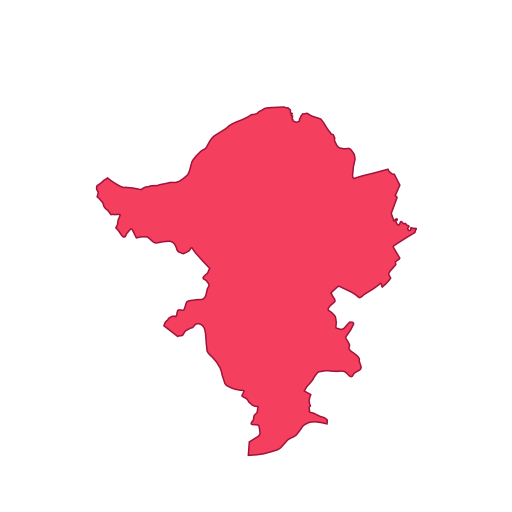 outline of Hong Linh, Ha Tinh, Vietnam, rotated 222°
{"feature_id": "81297802B12079916150099", "entity_name": "Hong Linh", "entity_type": "district", "adm_level": 2, "iso_a3": "VNM", "parent_name": "Vietnam", "parent_adm1": "Ha Tinh", "projection": "orthographic", "projection_center": [105.71, 18.534], "detail": "fine", "context": "isolated", "style": "filled", "palette": "rose", "viewbox_px": 512, "rotation_deg": 222, "n_neighbors": 0, "source": "geoboundaries", "source_scale": "gbopen_adm2", "svg_char_len": 6153}
<svg xmlns="http://www.w3.org/2000/svg" viewBox="0 0 512 512"><g transform="rotate(222 256 256)"><path d="M420.0,206.9L420.7,203.6L421.1,202.3L421.0,201.2L419.7,199.5L419.1,199.0L418.3,198.6L416.0,197.9L415.1,196.6L413.8,193.9L413.4,193.6L412.8,193.8L410.8,193.7L405.8,193.1L403.9,192.3L403.4,191.7L402.5,191.2L400.5,190.7L399.1,190.5L396.8,190.7L391.4,189.7L390.4,191.0L388.8,192.1L385.8,195.1L385.0,195.6L384.5,195.7L383.7,194.0L382.6,190.6L379.9,186.6L379.0,183.2L375.4,182.8L369.8,181.5L368.5,181.3L367.3,181.4L366.5,182.1L366.1,183.0L367.1,186.1L367.2,191.3L367.1,192.5L366.4,192.9L365.4,192.7L357.0,189.4L354.3,193.2L350.4,196.8L349.1,197.6L343.1,197.6L340.9,197.8L339.0,198.7L336.7,201.6L335.1,203.9L332.3,206.9L330.8,208.5L329.1,209.8L327.8,210.2L326.3,210.5L323.8,210.2L321.6,209.3L318.7,207.6L316.7,207.2L315.5,207.4L314.7,207.9L312.7,208.5L311.4,209.2L309.3,214.6L309.2,216.4L309.6,218.0L309.5,218.9L309.0,219.2L303.1,217.8L291.8,216.6L281.9,215.8L281.7,214.0L280.7,211.4L280.6,210.5L281.0,207.4L281.0,204.9L280.7,204.3L279.9,203.9L279.2,203.9L277.7,204.3L276.3,204.4L272.8,203.7L271.4,203.0L270.9,202.2L270.2,199.0L267.3,193.9L266.4,191.6L266.5,188.8L267.3,187.3L270.5,184.2L275.9,177.9L276.7,175.8L276.7,175.1L274.0,169.1L273.5,167.4L273.7,167.0L277.3,164.4L277.7,163.2L276.8,161.1L275.5,159.3L275.1,157.2L276.0,156.9L276.7,156.4L277.9,155.1L278.3,154.4L279.2,151.2L278.8,149.1L279.1,147.3L279.0,146.0L278.8,144.9L277.7,142.5L260.4,143.8L260.0,144.7L257.7,147.4L257.5,148.2L258.3,152.6L258.1,153.8L256.4,158.6L255.3,160.1L255.2,161.7L255.3,163.8L255.0,165.4L254.1,166.6L253.0,167.5L251.3,168.2L249.2,168.5L247.1,168.1L245.0,167.2L241.6,164.6L234.3,157.6L228.8,152.7L226.9,152.0L224.2,151.6L221.0,151.6L214.4,150.8L207.8,148.8L204.2,146.9L201.4,144.8L193.7,140.4L191.6,140.1L190.9,140.1L185.6,141.6L183.2,142.6L180.5,144.1L177.9,145.7L176.0,147.2L174.8,147.7L174.3,147.2L173.0,142.8L172.7,142.6L170.7,142.8L169.0,143.3L167.3,143.6L165.6,143.4L163.7,142.7L158.9,142.7L156.5,143.5L153.7,145.4L150.4,140.3L150.6,138.1L150.6,136.2L150.3,135.5L149.6,134.4L148.8,133.4L148.4,132.5L148.1,131.6L148.2,130.6L147.9,129.1L147.3,128.1L146.5,128.0L146.1,128.2L142.7,130.8L141.4,131.7L140.6,131.7L139.3,131.2L135.1,127.6L134.3,126.8L133.8,125.7L133.6,123.7L136.6,113.4L128.3,102.7L122.5,108.7L118.1,113.9L113.1,121.7L110.5,126.1L109.5,128.9L109.3,131.8L109.4,140.5L108.4,143.7L107.1,146.7L106.3,149.5L106.4,152.7L107.1,159.4L107.4,160.8L106.9,163.6L105.4,167.3L103.8,169.7L100.8,172.6L95.5,176.2L90.9,178.7L92.0,180.4L93.4,181.8L95.6,181.8L97.4,181.4L101.1,179.7L108.4,177.6L110.7,176.3L112.3,175.9L112.9,177.1L115.4,179.1L115.2,181.0L117.6,182.2L119.7,184.0L121.6,187.2L122.5,189.6L129.8,188.0L130.5,191.3L130.8,193.0L130.8,198.8L131.0,202.1L131.7,204.7L132.2,209.5L132.0,211.7L127.7,217.1L125.6,219.1L124.0,220.1L119.0,224.1L115.5,227.7L113.7,228.9L113.0,229.3L112.0,229.5L110.8,229.6L106.0,229.4L104.6,229.9L104.0,231.0L104.5,234.0L104.4,234.8L104.2,236.2L102.7,240.5L102.6,242.0L103.1,243.3L104.4,244.4L108.7,246.8L109.5,247.6L110.2,248.6L111.0,249.0L113.7,249.5L116.9,249.4L122.1,248.8L124.2,249.1L124.9,249.4L125.4,249.9L126.5,251.9L127.1,252.6L129.5,253.6L133.4,254.7L134.7,255.4L135.1,255.8L136.2,264.5L137.4,269.0L137.9,270.6L138.4,271.3L139.8,271.4L141.4,270.3L142.2,269.3L142.2,261.2L142.9,259.2L143.7,258.3L148.2,256.1L149.0,256.5L151.9,260.4L155.3,263.2L156.7,264.1L159.0,264.5L162.1,264.6L165.6,264.2L166.7,264.5L167.3,265.6L167.6,268.7L166.9,274.2L167.0,275.2L167.8,276.0L168.9,276.6L171.7,277.3L174.2,278.3L175.5,278.5L175.4,281.4L174.8,287.1L174.5,288.4L174.1,289.1L161.4,292.9L156.7,293.8L152.0,294.0L151.0,294.5L150.6,295.2L150.2,296.9L150.0,298.9L149.5,301.0L146.7,310.7L145.0,319.2L144.1,319.1L142.2,317.6L141.4,317.4L140.9,321.4L140.8,326.5L141.1,329.7L144.9,331.0L145.6,331.7L145.9,332.9L146.2,334.4L146.3,343.1L147.9,344.3L148.2,344.7L148.3,345.5L148.2,346.8L147.5,349.3L147.7,350.6L159.8,354.4L160.2,354.7L160.4,355.1L160.3,356.0L159.4,359.8L156.2,371.4L153.8,379.1L153.7,380.0L154.6,381.6L154.9,383.2L155.2,383.6L155.6,383.6L157.0,382.2L159.7,380.8L159.7,380.3L158.7,379.2L158.5,378.5L158.8,377.9L159.3,377.4L160.8,377.3L161.6,377.7L161.8,378.1L161.9,380.0L162.3,380.5L163.0,380.5L164.7,379.8L166.7,380.2L167.4,379.2L167.9,378.8L170.9,378.9L171.3,378.6L171.4,378.0L170.6,375.7L170.6,374.5L171.0,374.2L172.4,374.1L175.0,375.1L175.4,375.6L175.2,377.3L175.5,377.7L175.8,377.9L176.3,377.8L176.8,377.1L177.0,374.3L184.0,378.2L190.2,393.7L190.7,394.1L193.0,394.2L196.5,404.9L208.0,409.3L208.9,408.4L209.6,408.1L211.7,407.9L213.8,407.9L216.0,408.8L223.3,397.5L230.2,387.3L232.2,384.1L235.0,379.2L236.7,379.3L237.8,380.0L243.4,387.6L247.1,394.1L249.7,396.4L251.7,397.5L256.3,398.5L258.4,398.4L259.5,397.6L261.7,395.1L263.6,393.7L266.4,392.2L268.0,392.0L270.3,392.4L274.4,394.1L275.6,395.0L276.3,396.3L279.7,397.8L280.3,397.7L281.2,397.0L281.8,397.0L283.2,397.5L285.4,397.7L290.0,398.8L294.9,400.3L299.3,401.1L299.8,401.0L301.1,400.5L308.3,397.3L313.7,396.2L314.3,395.1L315.1,394.0L316.4,392.9L316.5,392.5L316.2,391.2L316.1,389.5L315.4,388.2L315.4,386.9L314.3,385.9L314.1,385.5L314.8,383.4L315.2,382.7L315.7,382.3L318.6,381.2L319.0,381.2L319.7,381.9L321.0,382.2L321.5,383.3L322.0,383.7L322.5,384.5L323.6,384.0L324.5,384.4L324.5,384.9L324.2,385.7L324.3,386.1L324.9,386.1L325.5,385.6L326.3,385.5L326.9,386.0L327.7,387.2L328.6,387.6L329.9,387.4L331.3,387.6L332.7,386.2L334.5,385.7L336.8,383.6L344.2,376.3L347.7,372.5L348.5,370.8L349.1,368.5L350.4,365.1L350.6,362.7L351.0,361.7L352.4,359.7L354.0,357.9L355.1,353.9L357.5,348.0L360.2,342.7L362.0,338.5L363.2,334.6L363.3,332.5L363.9,329.5L367.3,317.7L367.6,315.0L367.5,312.7L367.2,310.4L365.8,304.5L365.5,302.6L365.5,301.7L366.4,299.5L367.1,296.9L367.4,290.5L367.2,285.8L366.6,283.0L362.5,274.9L361.4,271.9L361.1,270.3L361.9,264.6L363.0,260.2L364.8,257.0L368.8,253.5L372.4,248.3L374.4,245.8L376.8,241.9L379.5,239.5L381.2,237.6L382.6,235.2L383.8,233.9L384.5,232.8L385.4,230.5L385.6,228.7L387.0,227.7L392.9,224.2L399.2,219.5L399.7,218.7L401.5,217.7L403.4,217.0L408.4,215.9L413.8,215.0L418.6,214.7L418.7,213.7L419.7,210.5L420.0,206.9Z" fill="#f43f5e" stroke="#9f1239" stroke-width="1.5"/></g></svg>